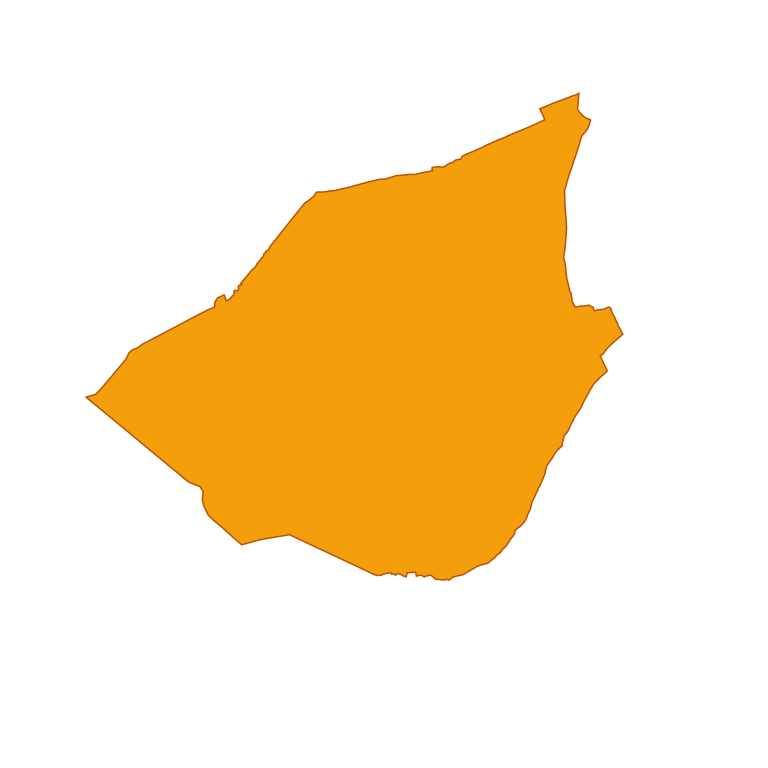 Dolhesti, Suceava, Romania, rotated 70°
{"feature_id": "2599482B42758921432370", "entity_name": "Dolhesti", "entity_type": "district", "adm_level": 2, "iso_a3": "ROU", "parent_name": "Romania", "parent_adm1": "Suceava", "projection": "albers", "projection_center": [26.513, 47.438], "detail": "fine", "context": "isolated", "style": "filled", "palette": "amber", "viewbox_px": 768, "rotation_deg": 70, "n_neighbors": 0, "source": "geoboundaries", "source_scale": "gbopen_adm2", "svg_char_len": 6168}
<svg xmlns="http://www.w3.org/2000/svg" viewBox="0 0 768 768"><g transform="rotate(70 384 384)"><path d="M186.9,396.8L188.8,399.9L194.0,408.4L197.3,413.9L206.3,428.4L215.7,443.9L217.1,445.1L218.7,447.2L218.8,448.1L218.7,449.1L219.1,449.9L220.0,450.2L220.2,451.1L220.3,451.8L220.8,452.5L221.9,453.0L222.6,453.3L223.1,453.9L223.5,455.7L225.3,458.0L226.2,459.6L227.0,461.0L227.4,462.1L228.0,462.5L230.2,465.1L231.3,468.0L232.0,469.6L232.6,470.9L236.1,476.6L238.5,480.7L239.9,483.4L240.6,484.1L241.5,483.4L242.3,484.1L241.6,486.0L242.5,487.7L243.5,487.5L244.8,488.1L246.1,489.3L245.9,490.8L245.0,491.6L245.1,492.4L245.7,493.4L247.3,493.5L249.1,495.2L249.4,496.5L251.1,499.2L251.7,501.3L251.9,503.8L245.8,503.7L245.5,504.3L246.0,507.7L246.1,510.3L246.1,510.9L247.4,512.3L249.1,514.9L252.1,516.2L253.6,516.5L253.9,519.3L254.1,524.4L256.0,539.2L258.6,557.6L259.7,565.6L261.3,577.2L263.9,596.9L265.7,603.4L265.8,605.3L265.8,606.8L265.9,608.3L266.1,609.7L266.7,611.4L267.5,612.9L269.2,614.8L271.3,616.8L272.6,618.4L277.7,627.1L281.7,634.2L283.3,636.7L286.9,643.1L290.7,649.8L293.1,654.1L295.0,658.5L294.9,663.0L294.5,668.4L294.9,668.3L318.1,654.6L364.7,627.3L409.1,601.3L417.6,591.9L423.4,590.8L430.6,594.3L436.9,595.0L446.7,594.1L453.8,590.7L462.2,585.8L475.4,578.8L486.4,572.7L488.1,552.6L493.3,524.3L507.3,510.5L539.9,478.0L560.1,458.0L561.5,456.1L562.6,452.9L562.6,448.4L563.3,443.6L563.6,442.0L565.4,442.1L565.6,440.8L565.8,439.6L567.3,438.7L567.7,438.6L566.6,436.8L566.6,436.3L568.1,434.1L569.8,432.4L571.5,431.0L572.8,429.1L569.3,426.7L571.8,418.6L575.6,419.3L575.8,417.2L575.8,416.1L576.2,414.6L577.3,413.4L578.8,412.6L579.1,411.8L578.8,410.6L578.9,409.8L579.3,408.2L579.2,406.4L579.8,405.3L582.5,403.6L585.2,402.2L586.1,400.0L587.9,396.5L588.6,394.9L589.2,391.3L590.3,390.5L590.5,389.3L589.4,386.8L589.1,384.2L589.4,380.9L590.0,376.9L590.2,374.5L589.8,372.4L588.5,365.9L587.3,359.0L587.2,355.1L587.9,347.9L586.5,343.8L585.3,340.1L584.0,337.4L583.4,336.5L582.3,332.5L580.8,330.4L579.9,329.0L579.2,327.5L578.5,325.6L576.9,323.1L575.8,321.8L574.8,320.4L573.2,318.3L572.2,316.6L571.3,315.1L570.4,314.1L569.5,312.7L568.8,312.2L567.0,311.2L566.2,310.6L565.5,308.6L564.1,304.0L561.6,299.4L559.7,297.0L557.5,294.8L556.1,293.9L554.5,292.3L552.5,290.2L551.0,288.8L549.5,287.8L547.0,286.4L545.5,285.1L543.5,283.3L541.6,281.1L538.0,277.6L536.7,276.0L536.2,275.5L535.7,275.3L534.8,274.7L534.0,273.9L533.7,273.1L533.1,272.4L531.4,270.9L528.1,267.6L526.6,266.4L524.6,264.6L523.0,263.1L521.9,262.5L520.2,261.7L518.0,260.2L516.9,259.3L515.8,258.0L513.7,254.8L512.0,252.4L510.5,250.4L508.0,247.6L505.7,244.2L504.4,241.1L503.0,237.6L502.4,238.0L501.7,237.4L497.4,234.5L494.2,232.2L491.5,227.7L489.3,225.2L487.2,223.4L484.1,220.2L479.8,215.5L473.3,206.4L471.3,204.7L467.3,200.6L463.6,196.0L460.4,192.8L458.0,189.7L455.6,186.8L453.9,182.9L451.7,178.7L450.1,174.3L448.1,169.8L447.8,169.7L447.5,169.7L445.1,170.0L441.7,170.2L438.8,170.5L431.8,171.3L431.6,171.1L431.4,170.4L431.3,169.6L430.4,167.3L429.9,166.5L428.3,164.6L427.4,163.2L425.9,160.0L424.5,156.8L422.2,151.1L419.8,144.8L419.0,142.5L418.2,142.7L416.1,143.0L415.2,143.2L413.6,143.3L412.6,143.3L410.3,143.8L408.8,144.0L407.8,143.9L406.8,143.7L405.2,144.1L404.1,144.2L402.5,144.4L401.7,144.4L400.9,144.4L399.9,144.5L398.6,144.7L396.1,145.2L395.3,145.2L393.8,145.1L392.1,145.0L390.6,145.2L390.0,145.5L389.0,146.0L388.5,146.5L388.5,147.0L388.5,147.7L388.9,149.3L388.8,150.9L388.7,152.5L388.3,154.4L387.8,156.5L387.3,157.5L387.3,158.1L387.4,159.9L387.2,161.0L386.5,161.5L386.0,161.6L383.8,161.2L383.5,161.3L383.0,161.6L381.9,162.7L380.3,164.2L379.9,164.8L379.8,165.4L379.6,166.9L379.2,168.9L378.1,172.4L377.8,173.5L377.8,174.6L377.6,176.4L377.4,177.3L377.0,177.9L376.3,178.2L374.8,178.4L372.5,178.7L370.1,179.0L369.5,178.9L369.2,178.8L369.0,178.6L368.5,178.3L367.5,178.1L366.6,178.0L365.2,177.9L364.2,177.7L363.6,177.4L363.0,177.2L362.5,177.1L362.0,177.3L361.1,177.6L360.6,177.6L359.3,177.5L355.7,177.0L347.2,176.1L345.7,175.8L344.6,175.4L343.9,175.3L342.1,174.9L340.3,174.6L339.1,174.2L338.0,173.7L337.2,173.5L335.9,173.4L333.7,172.8L332.1,172.5L328.3,172.1L327.3,172.1L326.5,171.9L325.8,171.5L323.4,170.3L322.2,169.4L320.9,168.8L319.0,167.9L318.2,167.3L314.4,165.6L310.9,164.0L307.8,162.6L300.1,159.2L295.9,157.8L292.3,156.8L281.8,153.9L277.8,152.7L264.1,148.2L262.8,147.5L260.6,145.5L257.9,143.7L255.9,142.3L251.5,139.0L249.6,137.5L241.8,131.2L239.0,129.1L234.2,125.1L225.8,118.7L221.4,115.5L219.4,114.0L219.2,113.8L218.8,113.3L218.0,112.2L217.7,111.7L215.7,108.1L214.9,107.0L214.3,106.0L211.8,103.5L209.0,101.3L206.7,99.6L206.1,99.8L204.2,102.1L203.5,102.8L200.9,104.9L199.3,105.7L196.0,107.0L194.5,107.7L192.7,108.0L191.1,107.8L189.6,107.2L188.6,106.4L187.4,106.0L183.2,104.0L180.7,103.0L179.8,102.6L178.9,102.3L178.0,101.6L177.5,101.4L177.7,102.0L177.9,104.1L177.9,105.5L177.7,108.0L177.9,113.0L177.9,114.8L178.0,127.8L178.7,143.4L179.7,143.4L182.8,143.1L186.5,142.8L190.6,142.4L191.1,147.9L191.3,150.2L192.0,157.0L192.1,160.7L192.4,165.4L192.7,173.2L192.9,178.1L193.1,181.8L193.3,183.4L193.7,187.8L193.6,191.7L194.0,197.2L194.6,203.6L194.3,203.7L194.8,207.7L195.2,209.3L195.3,212.1L195.5,215.1L196.0,222.2L196.0,223.8L196.4,230.3L196.5,231.5L196.7,232.4L197.3,233.2L198.1,234.1L198.6,234.7L199.0,235.2L198.6,236.2L198.5,236.8L198.4,237.2L198.4,237.8L198.3,238.4L198.2,238.6L198.2,239.0L198.0,239.8L198.1,240.8L199.1,242.5L199.2,243.1L199.2,244.3L199.0,245.6L199.0,247.3L199.2,248.6L199.7,250.0L200.0,250.7L200.1,251.3L200.1,252.4L200.2,253.2L200.3,253.7L200.3,254.4L199.8,255.8L199.2,257.1L198.4,258.4L197.0,264.7L198.6,265.4L200.1,265.6L198.6,275.4L198.0,280.0L197.9,282.4L197.1,284.7L196.2,286.8L195.3,290.1L194.5,293.5L193.7,296.7L193.3,298.3L192.5,300.2L192.4,301.3L192.3,302.3L192.3,304.0L192.0,308.7L191.9,309.7L192.0,311.5L191.9,313.1L191.4,314.6L190.3,316.8L188.7,330.3L187.6,343.6L187.1,349.4L186.8,352.6L186.1,357.5L185.4,364.1L185.2,365.3L184.3,368.0L183.8,370.2L183.7,371.0L183.1,374.3L182.4,376.7L181.3,379.3L181.1,380.2L180.7,381.3L180.9,382.1L181.6,383.3L182.9,384.9L183.5,385.9L183.9,386.7L184.9,389.5L185.6,391.7L186.1,393.5L186.7,395.6L186.9,396.8Z" fill="#f59e0b" stroke="#b45309" stroke-width="1.5"/></g></svg>